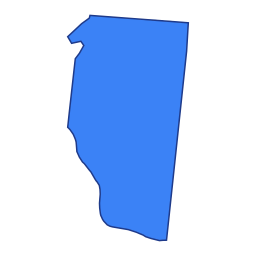 the district of Clermont, Ohio, United States of America
{"feature_id": "52423323B73529130957654", "entity_name": "Clermont", "entity_type": "district", "adm_level": 2, "iso_a3": "USA", "parent_name": "United States of America", "parent_adm1": "Ohio", "projection": "robinson", "projection_center": [-84.222, 39.021], "detail": "fine", "context": "isolated", "style": "filled", "palette": "blue", "viewbox_px": 256, "rotation_deg": 0, "n_neighbors": 0, "source": "geoboundaries", "source_scale": "gbopen_adm2", "svg_char_len": 714}
<svg xmlns="http://www.w3.org/2000/svg" viewBox="0 0 256 256"><path d="M90.0,15.4L89.3,18.1L81.6,23.7L67.7,36.7L71.6,43.3L80.9,41.3L83.8,45.5L79.4,53.3L75.3,58.7L69.4,111.5L67.7,127.3L70.0,129.6L73.3,134.4L75.3,139.1L76.1,141.9L76.3,143.9L76.9,151.6L79.4,157.2L82.5,162.0L84.3,163.6L89.5,170.3L90.9,171.9L95.1,179.2L96.2,180.9L97.1,181.9L99.3,185.4L100.0,189.4L100.1,191.1L100.2,193.6L100.2,194.5L99.5,203.2L99.7,208.1L100.4,213.6L100.7,215.0L100.8,215.4L102.6,219.4L103.8,221.2L107.2,224.8L109.9,226.2L112.6,226.9L128.3,229.6L136.0,232.1L143.2,235.1L145.7,236.7L151.1,238.5L159.5,240.6L162.5,240.3L166.5,240.2L186.6,51.3L188.3,22.8L183.3,22.4L90.0,15.4Z" fill="#3b82f6" stroke="#1e3a8a" stroke-width="1.5"/></svg>